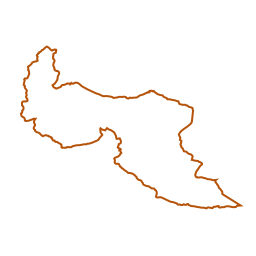 Paute, Azuay, Ecuador (Equal Earth projection), rotated 85°
{"feature_id": "8360857B51005001809557", "entity_name": "Paute", "entity_type": "district", "adm_level": 2, "iso_a3": "ECU", "parent_name": "Ecuador", "parent_adm1": "Azuay", "projection": "equal_earth", "projection_center": [-78.747, -2.747], "detail": "fine", "context": "isolated", "style": "outline", "palette": "amber", "viewbox_px": 256, "rotation_deg": 85, "n_neighbors": 0, "source": "geoboundaries", "source_scale": "gbopen_adm2", "svg_char_len": 5841}
<svg xmlns="http://www.w3.org/2000/svg" viewBox="0 0 256 256"><g transform="rotate(85 128 128)"><path d="M39.9,201.5L39.9,202.0L40.7,203.4L42.4,205.4L42.9,206.9L44.1,208.0L44.3,208.5L44.7,209.1L44.7,209.7L45.5,210.1L45.9,211.1L46.5,211.2L47.0,212.1L48.1,212.5L49.3,211.8L51.0,212.5L52.8,212.2L53.1,212.2L53.5,213.1L53.8,215.7L54.4,217.6L55.8,218.6L57.1,220.2L58.2,222.3L60.4,222.1L61.2,222.2L61.5,222.5L62.8,221.7L65.6,221.7L69.6,223.9L69.8,224.7L69.7,226.5L70.7,227.2L71.7,226.8L75.9,228.2L77.0,227.1L77.4,227.0L78.2,227.4L78.8,227.3L81.8,225.5L82.5,225.6L84.2,226.5L86.3,226.0L88.0,226.9L88.5,226.8L90.2,225.9L91.8,225.7L92.2,225.8L92.4,226.1L92.6,227.2L92.5,229.7L92.5,230.5L93.5,231.4L96.1,231.6L97.6,230.5L99.4,230.3L100.6,230.8L101.5,231.9L102.4,231.8L103.2,232.1L103.7,232.4L104.2,233.3L104.7,233.4L106.8,233.0L107.5,232.3L108.4,231.0L109.0,230.4L110.4,230.0L111.4,230.1L111.9,229.7L112.1,229.4L112.1,226.4L110.6,221.0L110.6,220.3L110.7,219.4L111.5,220.1L113.3,221.1L115.1,221.0L116.3,220.3L116.9,220.5L117.4,220.4L118.8,221.5L119.8,222.0L120.4,221.9L121.2,221.5L121.9,220.7L122.6,220.9L123.4,220.3L124.5,218.6L124.9,217.4L125.6,216.5L127.2,215.3L128.6,213.8L128.8,213.4L128.4,213.0L128.2,212.1L128.2,211.6L128.0,211.0L128.1,210.1L128.6,209.1L128.7,208.2L129.0,207.9L129.4,207.8L129.7,206.8L130.8,204.9L131.1,204.8L131.4,205.1L131.7,205.1L132.3,204.3L133.1,204.2L133.7,203.9L134.1,203.0L134.1,202.4L134.6,202.3L135.0,201.7L135.5,201.4L135.6,200.2L135.9,199.6L136.4,199.1L137.2,197.8L138.7,195.8L139.8,196.0L140.4,195.7L141.5,195.9L141.8,195.7L142.0,195.0L142.0,193.6L142.3,192.0L142.2,191.2L141.7,190.4L141.8,189.1L142.1,187.7L142.1,186.0L141.3,184.8L141.1,183.2L140.9,182.6L140.8,180.6L140.7,180.0L140.9,177.8L140.4,173.3L140.6,170.7L140.1,169.9L140.2,168.0L139.3,164.3L137.4,158.7L135.5,157.2L132.6,154.2L132.1,154.4L130.1,155.7L126.3,155.7L125.9,155.4L127.1,154.2L128.4,151.0L126.3,148.9L127.7,147.4L128.6,145.3L131.1,142.2L134.5,140.8L137.6,140.4L137.8,140.3L137.9,139.8L137.6,137.6L137.6,137.2L138.0,136.9L138.5,136.9L140.3,136.2L142.1,136.4L142.7,137.0L143.1,138.4L143.5,138.8L144.4,138.8L145.8,139.7L146.6,139.9L148.5,137.1L148.9,137.2L149.1,137.6L149.1,138.1L149.3,138.6L149.6,138.7L149.8,138.0L150.0,137.8L152.3,136.8L152.5,136.9L152.8,137.8L153.8,138.2L154.3,138.8L154.8,139.1L155.8,141.0L156.4,143.4L156.8,144.0L157.3,144.4L158.9,143.8L160.8,144.3L162.0,143.9L162.5,143.3L162.7,142.6L162.7,141.0L163.0,140.4L163.7,139.9L165.4,139.4L165.8,139.2L166.4,138.2L167.4,137.8L168.0,136.7L169.4,135.5L171.8,132.5L172.6,132.0L172.9,131.5L173.0,129.8L174.0,127.3L175.0,126.2L175.4,125.5L176.3,125.0L177.4,123.8L178.7,123.7L179.4,123.0L180.4,122.2L181.0,120.6L181.6,119.4L182.9,118.9L184.2,118.0L185.4,117.8L186.2,116.9L187.5,114.4L187.8,112.6L190.2,109.7L190.6,107.3L190.8,107.1L191.8,106.7L192.6,105.6L194.3,105.0L195.4,105.0L196.7,105.3L198.5,106.1L199.1,106.0L199.5,105.7L199.8,104.6L199.7,101.9L200.1,100.7L205.1,92.2L205.8,89.4L207.5,85.8L208.4,85.4L208.7,84.8L208.8,84.4L208.6,83.2L209.4,81.8L209.5,81.2L209.4,80.2L208.8,79.2L209.0,78.7L209.4,78.2L209.6,77.4L209.6,76.7L208.9,75.5L208.9,75.0L209.1,74.7L209.9,74.3L211.3,71.8L211.4,70.7L212.1,67.6L212.7,66.0L213.2,63.7L213.8,61.7L213.9,59.8L214.9,56.8L214.2,55.8L214.1,54.8L215.2,50.9L215.1,50.6L214.5,50.2L214.0,49.3L214.1,47.5L213.8,46.9L213.6,45.1L213.8,44.5L214.4,44.7L215.1,43.9L215.2,43.5L215.3,42.5L215.0,41.3L215.3,39.1L214.7,37.9L214.6,36.0L214.9,33.9L215.8,31.2L216.1,29.6L216.1,27.5L215.2,26.4L215.0,25.6L215.0,22.6L202.1,39.7L201.6,39.8L200.1,39.6L199.4,39.8L197.3,41.2L196.6,41.5L195.5,42.7L193.4,43.1L192.1,44.1L190.9,44.6L189.7,45.5L189.2,45.6L188.2,45.3L187.6,45.3L187.4,45.0L187.5,47.0L187.4,47.7L186.4,50.2L185.9,53.2L184.9,55.0L184.3,57.1L183.5,58.8L183.5,62.6L183.0,63.4L183.0,64.1L182.3,64.7L181.0,65.1L180.5,65.0L179.4,64.7L177.6,63.9L172.1,59.4L170.6,57.4L169.7,57.4L168.7,58.5L168.2,59.3L168.0,60.2L167.0,61.0L166.8,61.8L166.7,62.6L166.0,65.4L165.5,66.2L165.3,67.2L161.9,66.1L161.2,66.3L159.8,67.6L158.9,69.8L158.1,70.8L156.8,71.8L156.0,74.4L153.3,75.2L151.6,76.6L150.5,76.6L149.2,77.2L148.6,76.9L148.1,76.9L147.5,76.3L146.8,76.3L145.7,75.9L145.4,76.0L144.3,77.3L142.2,76.7L140.4,77.5L138.9,77.9L137.0,76.6L135.5,75.0L133.8,72.4L131.4,68.2L129.4,65.4L128.6,64.6L127.6,63.9L116.5,61.7L113.6,62.1L112.8,63.8L112.3,65.4L110.7,67.1L110.5,68.3L109.9,68.9L109.6,71.9L109.1,72.9L109.0,73.7L108.5,74.7L106.8,75.3L106.0,75.3L105.8,75.6L105.6,76.5L104.6,78.7L103.4,83.0L102.9,84.1L103.0,85.5L102.8,86.3L101.8,86.7L101.4,87.2L100.4,89.2L99.9,89.9L98.5,90.7L97.9,93.2L96.8,95.6L94.5,98.4L93.3,99.1L93.4,99.6L93.7,100.1L93.5,100.5L92.9,101.1L93.0,101.9L92.9,103.2L93.0,103.4L94.2,103.4L94.3,103.6L94.4,104.1L94.1,104.6L94.4,105.4L94.2,105.6L94.2,106.3L94.4,105.8L94.7,106.8L95.9,109.8L96.6,113.4L98.2,116.1L98.4,117.0L98.3,119.6L98.3,122.3L97.9,123.6L98.5,124.6L98.7,125.3L97.9,126.9L96.9,127.6L96.5,129.2L96.4,130.1L96.6,131.0L96.2,133.8L96.6,136.2L96.8,139.8L95.8,141.0L94.9,143.7L94.3,146.7L94.2,149.5L93.6,151.1L92.0,153.7L90.7,156.8L85.9,165.1L82.4,170.3L80.6,171.9L78.8,174.0L78.5,174.7L78.3,175.7L78.3,176.7L78.4,177.2L79.1,178.5L78.8,179.1L78.9,179.7L78.7,180.1L78.7,180.7L79.1,181.3L78.5,181.2L78.8,181.8L78.9,182.3L78.3,184.3L79.3,187.1L79.6,190.1L81.3,191.6L81.7,193.3L82.1,194.3L82.5,196.2L81.6,197.2L81.1,198.3L80.3,198.9L78.9,199.1L78.7,199.3L77.6,197.3L75.7,195.6L73.8,194.2L70.4,193.4L67.9,191.9L66.8,191.8L66.0,192.1L65.0,193.4L65.0,194.1L64.4,195.4L63.8,195.9L63.2,196.2L62.6,196.0L61.9,196.3L61.1,196.2L60.3,196.8L58.9,197.0L57.0,196.5L55.5,195.6L54.4,195.3L53.5,195.7L52.3,196.6L51.8,196.3L51.0,196.5L50.1,196.4L49.6,196.0L48.6,196.1L47.5,195.7L46.7,193.4L45.9,193.1L45.2,193.2L44.8,192.8L43.9,192.7L43.7,192.9L43.4,194.3L43.8,196.0L44.2,196.7L44.1,197.3L42.7,198.7L41.4,199.6L39.9,201.5Z" fill="none" stroke="#b45309" stroke-width="2"/></g></svg>